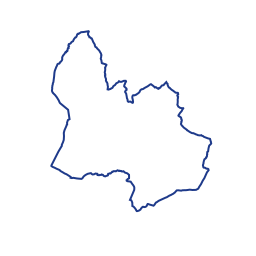 the district of Wanging'ombe, Njombe, United Republic of Tanzania, rotated 295°
{"feature_id": "72390352B33528420406675", "entity_name": "Wanging'ombe", "entity_type": "district", "adm_level": 2, "iso_a3": "TZA", "parent_name": "United Republic of Tanzania", "parent_adm1": "Njombe", "projection": "mercator", "projection_center": [34.635, -9.053], "detail": "fine", "context": "isolated", "style": "outline", "palette": "blue", "viewbox_px": 256, "rotation_deg": 295, "n_neighbors": 0, "source": "geoboundaries", "source_scale": "gbopen_adm2", "svg_char_len": 5776}
<svg xmlns="http://www.w3.org/2000/svg" viewBox="0 0 256 256"><g transform="rotate(295 128 128)"><path d="M154.5,37.3L153.2,37.2L148.8,37.5L146.9,38.0L143.4,39.3L138.0,41.0L136.8,41.0L135.4,41.5L134.6,41.5L133.3,42.0L132.7,42.1L131.6,42.7L129.9,43.2L129.4,43.5L128.8,44.1L128.2,44.9L128.2,45.1L128.0,45.3L127.5,46.7L127.1,47.9L125.7,50.6L123.7,53.6L122.2,55.3L121.8,56.0L119.2,66.0L111.3,71.3L109.8,70.2L107.1,70.5L105.4,71.4L104.9,71.1L103.6,71.3L99.0,71.4L96.4,71.9L93.6,73.4L90.1,74.8L87.5,75.1L84.8,75.1L83.8,75.6L83.3,75.5L77.1,74.9L61.7,74.4L61.1,74.7L60.9,76.4L61.0,78.2L60.9,80.4L61.0,83.8L60.5,84.9L60.2,88.3L60.0,89.7L60.1,91.8L59.6,95.6L59.4,96.8L58.6,97.0L58.9,98.3L59.7,99.4L60.7,103.1L62.2,107.3L63.1,107.9L65.4,108.3L67.4,109.3L69.4,110.8L71.1,113.0L71.4,113.5L71.0,114.6L70.9,115.5L71.6,116.7L73.0,117.8L73.1,118.1L73.2,118.8L73.5,119.2L73.4,119.8L72.5,120.3L73.0,121.8L73.6,122.3L73.9,123.1L74.1,123.5L74.7,123.7L74.9,125.1L74.5,125.8L74.3,126.8L74.6,127.9L75.6,128.7L76.0,129.3L76.6,129.8L77.7,129.5L78.1,129.4L78.7,130.3L79.2,130.6L79.4,131.4L81.7,132.2L81.7,132.6L82.7,133.1L83.3,134.4L83.5,134.6L83.6,135.3L85.1,136.3L85.3,136.5L85.2,137.8L85.6,138.1L85.5,138.5L85.8,139.4L86.1,139.6L86.2,140.2L86.0,141.0L86.9,142.2L86.3,144.0L86.6,146.5L86.0,148.7L84.0,149.7L82.8,150.2L81.4,149.2L80.6,149.2L80.1,148.8L79.7,149.0L79.5,149.8L80.5,153.1L79.0,155.6L78.3,157.0L77.4,158.3L76.5,159.0L74.5,159.8L63.7,160.2L63.9,161.3L63.4,162.1L62.2,163.4L59.3,164.9L59.2,164.9L59.0,166.5L58.2,168.3L57.4,169.7L57.2,169.8L56.4,171.0L56.7,171.7L58.0,173.0L59.4,173.8L60.4,173.8L62.3,174.4L63.0,174.9L63.1,176.0L63.9,177.2L64.9,177.8L67.4,177.9L67.6,178.2L67.8,180.3L68.4,184.0L69.5,184.4L72.2,184.8L72.9,185.4L75.0,186.6L80.9,191.6L81.5,192.3L84.1,194.0L85.8,195.5L86.3,195.8L87.7,196.9L88.5,197.2L89.0,197.6L92.0,198.5L92.8,199.9L93.7,202.7L94.6,203.7L96.4,207.3L98.2,210.0L99.1,212.7L100.7,215.8L102.7,217.3L104.7,217.4L107.9,217.9L111.9,218.0L114.8,218.4L121.2,218.3L123.8,218.9L124.7,218.2L124.8,217.6L124.4,216.7L124.3,215.8L124.5,215.1L124.5,214.4L124.1,213.5L124.2,213.0L125.8,211.7L126.7,211.5L127.8,211.4L128.4,211.1L130.2,210.7L131.9,210.5L133.4,211.3L134.2,211.5L134.3,211.5L134.5,211.2L135.0,211.4L135.7,211.5L136.0,211.4L137.1,210.9L137.5,211.0L138.0,210.6L138.5,210.5L139.4,210.1L139.8,210.0L140.6,210.5L143.5,209.6L146.0,209.1L146.5,209.1L147.1,209.3L148.3,209.8L148.9,209.9L149.3,209.9L150.2,209.1L150.8,208.8L151.2,208.2L151.7,207.9L152.8,206.9L152.4,205.0L152.1,200.9L152.1,200.5L152.4,199.4L152.2,198.4L152.5,197.5L151.9,196.8L151.5,195.9L151.0,194.1L151.1,193.1L150.9,192.0L151.0,191.0L150.9,190.1L151.0,189.6L150.6,188.7L150.4,187.9L150.5,185.7L150.9,183.2L150.9,182.5L151.2,182.3L152.0,178.2L152.7,176.7L153.0,175.7L154.0,174.3L155.5,174.0L155.9,173.8L156.2,173.9L156.5,173.6L157.1,173.7L157.8,173.5L158.2,173.0L158.5,172.9L158.6,172.5L159.6,171.9L159.9,171.6L160.2,170.4L160.1,170.2L160.3,169.0L160.4,168.6L160.7,168.4L163.6,168.8L166.0,169.5L167.5,169.5L169.2,169.8L169.3,169.7L168.7,168.5L168.3,166.6L168.7,164.4L169.6,163.5L169.9,162.9L171.2,162.6L172.8,162.0L175.2,160.8L176.5,160.6L177.0,160.1L177.5,160.1L177.7,159.6L177.9,159.5L178.2,159.0L178.9,158.9L179.6,159.3L180.8,158.6L180.9,158.2L180.2,156.5L180.2,155.9L180.8,155.6L180.5,155.6L180.5,154.5L180.8,153.5L181.1,151.4L181.6,149.7L182.0,148.9L182.0,147.9L183.1,146.4L184.4,145.2L184.7,145.2L185.0,144.4L185.8,143.3L182.8,142.3L182.0,142.2L181.7,142.0L181.0,140.9L179.6,140.4L178.3,140.2L177.6,139.8L177.7,139.6L177.3,139.1L176.4,139.0L176.3,138.3L176.8,136.0L176.4,135.0L176.2,135.0L176.8,133.2L177.4,130.3L176.8,129.7L174.1,128.2L170.9,125.8L170.1,125.5L169.3,124.7L169.0,124.1L168.5,123.7L167.3,123.2L165.3,123.2L163.8,122.6L162.8,121.9L161.8,121.5L161.3,121.0L161.2,120.7L160.5,120.3L160.3,120.0L159.9,118.9L159.4,118.6L158.3,118.7L157.7,118.9L157.0,119.3L155.9,120.2L154.1,121.4L153.3,121.7L152.8,121.6L152.7,120.5L153.0,119.2L152.6,118.3L151.9,117.4L152.0,116.8L152.3,116.3L153.7,115.5L154.5,114.5L156.3,113.3L158.5,111.7L159.1,110.6L159.5,110.1L159.9,110.2L160.8,110.0L161.1,110.0L161.9,110.6L162.7,110.3L163.1,109.9L163.5,108.8L164.1,107.0L164.4,106.8L165.7,106.5L166.6,106.6L167.5,106.4L169.2,106.6L169.5,106.5L169.8,105.9L169.0,104.3L167.1,102.6L166.6,101.5L166.5,101.1L166.6,100.1L165.8,100.0L164.8,99.5L163.6,98.5L161.5,98.1L159.9,97.1L157.8,96.9L157.3,96.5L156.6,95.9L156.0,95.7L155.5,95.0L154.6,94.2L154.4,93.2L156.9,92.4L158.6,91.1L159.2,90.9L160.5,89.7L160.7,89.0L161.4,88.2L161.9,87.8L162.9,87.5L163.3,87.2L164.6,85.8L165.1,85.4L165.6,85.1L165.8,85.3L166.9,84.8L167.1,84.4L167.5,84.4L168.1,83.8L168.8,83.3L169.8,83.2L172.0,82.4L172.6,81.9L173.1,81.7L173.5,81.8L175.0,81.7L175.6,81.8L176.1,81.8L176.2,81.6L176.3,80.8L176.0,79.1L176.0,78.3L175.7,77.5L175.8,76.8L178.2,75.2L178.6,74.7L179.3,74.0L180.9,73.7L181.9,73.3L182.2,73.1L182.5,73.2L183.0,73.0L184.3,71.7L185.4,70.0L186.0,69.3L187.1,66.3L187.7,65.5L187.7,64.3L188.6,63.2L189.6,62.6L191.2,60.2L193.6,57.6L193.9,57.1L193.8,56.7L193.7,56.6L194.2,55.5L193.9,54.7L194.7,53.9L195.2,53.0L195.8,52.3L197.2,51.7L199.2,51.8L199.6,52.0L199.3,51.7L196.3,47.3L195.0,45.0L192.4,43.4L192.5,43.0L192.3,42.8L191.8,42.7L191.4,42.4L189.1,42.7L188.2,42.5L187.9,42.0L186.3,41.6L185.1,41.4L184.4,41.5L183.4,41.5L182.5,40.8L181.7,40.4L180.7,40.3L180.4,40.2L179.7,39.7L179.2,39.0L178.8,38.9L178.3,39.0L177.7,39.1L177.2,40.0L176.5,40.0L176.0,39.9L175.6,40.2L175.5,39.9L175.3,40.0L174.1,39.9L173.8,40.1L173.7,40.1L173.2,40.3L172.6,40.1L172.5,40.4L172.1,40.5L171.7,40.0L170.6,40.0L170.4,39.9L170.4,39.3L167.9,39.0L166.2,38.5L165.9,38.5L164.3,38.5L163.7,38.7L162.4,39.4L161.6,39.5L159.9,39.2L159.3,38.8L158.7,38.6L157.9,38.7L157.5,38.6L157.1,38.3L156.9,37.7L156.5,37.4L155.9,37.1L154.5,37.3Z" fill="none" stroke="#1e3a8a" stroke-width="2"/></g></svg>